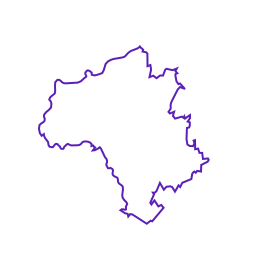 map outline of Luxembourg (Natural Earth projection), rotated 120°
{"feature_id": "BEL-3477", "entity_name": "Luxembourg", "entity_type": "Province", "adm_level": 1, "iso_a3": "BEL", "parent_name": "Belgium", "parent_adm1": "", "projection": "natural_earth1", "projection_center": [5.558, 49.963], "detail": "fine", "context": "isolated", "style": "outline", "palette": "violet", "viewbox_px": 256, "rotation_deg": 120, "n_neighbors": 0, "source": "natural_earth", "source_scale": "10m", "svg_char_len": 2949}
<svg xmlns="http://www.w3.org/2000/svg" viewBox="0 0 256 256"><g transform="rotate(120 128 128)"><path d="M83.7,179.4L80.3,178.6L77.7,177.0L75.6,175.2L69.5,167.9L67.8,166.5L62.6,165.3L59.8,164.0L54.4,159.6L51.8,158.4L51.5,158.4L52.0,157.1L52.6,154.0L54.5,153.6L53.3,150.0L53.9,148.4L64.7,142.0L62.3,140.1L65.9,137.2L73.2,134.8L70.1,132.3L70.6,128.2L66.4,126.4L65.1,123.9L59.0,124.9L57.5,124.3L55.6,118.3L52.1,115.5L54.9,115.5L55.9,112.7L57.2,113.8L58.6,113.4L63.3,109.4L64.8,106.3L63.5,105.3L65.7,98.2L66.5,103.4L69.6,104.2L83.0,103.5L86.1,102.9L90.0,100.7L93.8,101.0L94.5,99.0L90.9,96.2L95.0,95.2L96.3,91.9L91.2,87.0L91.4,85.1L89.7,85.1L91.3,83.3L85.8,80.8L88.4,79.2L92.6,79.5L92.2,77.3L95.4,75.5L97.0,75.4L98.5,77.0L108.6,71.6L112.6,68.3L112.7,65.5L111.2,62.6L107.9,62.8L106.1,64.9L105.0,63.9L112.8,59.2L110.8,57.0L113.8,53.7L112.5,51.3L117.3,47.6L114.4,43.5L115.3,42.2L117.2,42.1L123.4,46.1L129.2,43.0L130.5,46.6L132.9,47.0L132.5,48.7L133.3,49.2L135.6,49.5L140.5,47.6L148.3,53.6L153.0,53.3L152.4,55.5L159.6,55.5L157.1,60.1L157.3,62.1L159.6,65.3L163.5,66.1L159.6,72.9L168.2,71.8L170.6,72.4L171.5,74.1L172.5,72.3L181.6,71.3L182.5,69.5L177.5,68.9L180.7,62.5L178.0,60.7L179.3,57.3L196.7,60.4L196.9,62.0L201.5,63.9L200.7,81.0L201.4,83.0L204.5,83.5L202.5,85.4L203.1,87.4L203.3,87.8L203.0,93.4L201.7,92.9L200.8,91.6L200.4,89.8L199.5,89.0L197.2,90.5L194.2,90.7L193.0,92.4L192.4,94.9L191.2,97.6L189.1,99.4L183.8,101.6L181.4,103.3L180.9,104.5L180.6,107.5L180.3,108.7L179.4,109.8L177.3,111.3L176.4,112.4L176.6,114.5L176.6,116.3L176.2,117.7L175.2,118.6L172.3,119.7L171.4,120.7L171.3,123.2L172.3,124.2L172.8,125.2L171.3,127.8L170.1,128.7L168.0,129.1L167.0,129.6L165.8,130.9L165.3,131.8L165.0,132.8L164.4,133.9L159.4,141.1L158.8,142.8L160.5,143.5L163.7,145.5L165.0,147.2L161.3,146.8L161.3,147.9L161.1,148.4L160.8,148.9L160.6,149.5L161.9,150.6L160.2,151.5L159.6,153.3L159.8,155.5L160.7,157.8L162.2,159.9L163.7,160.5L165.2,160.7L167.0,161.6L168.0,162.8L171.4,168.3L171.6,169.2L171.9,171.8L171.9,172.2L172.8,172.8L174.8,173.3L175.7,173.7L176.5,173.8L177.4,173.6L178.3,173.6L179.1,174.7L179.2,175.2L179.3,176.1L178.8,176.9L178.1,177.6L177.9,178.6L177.8,179.8L177.4,180.4L177.2,181.0L177.7,182.4L178.7,183.0L181.6,183.3L182.6,184.0L183.4,186.6L182.6,188.2L181.2,189.3L180.0,190.4L178.2,194.7L177.0,196.5L175.4,197.8L177.9,198.9L176.5,201.8L173.2,204.7L169.8,206.1L168.1,205.7L164.9,204.1L163.4,203.9L161.8,204.6L160.0,206.6L158.2,207.3L155.1,206.8L152.0,205.6L148.7,204.9L145.2,206.5L143.4,208.4L143.1,209.7L142.6,210.5L140.5,210.7L139.3,210.4L134.8,208.7L132.1,209.7L128.4,212.1L124.7,213.9L121.6,213.2L120.7,211.6L120.8,209.9L121.3,208.2L121.3,206.3L120.7,204.6L113.8,194.2L112.2,193.0L111.1,192.2L106.7,190.8L105.0,190.0L104.1,189.9L103.6,190.4L103.0,191.4L102.2,192.3L101.2,192.6L98.8,192.2L98.1,191.4L97.8,189.8L98.2,187.2L99.4,186.5L100.0,185.9L99.1,183.1L96.3,180.3L93.3,177.8L90.2,177.9L83.7,179.4Z" fill="none" stroke="#5b21b6" stroke-width="2"/></g></svg>